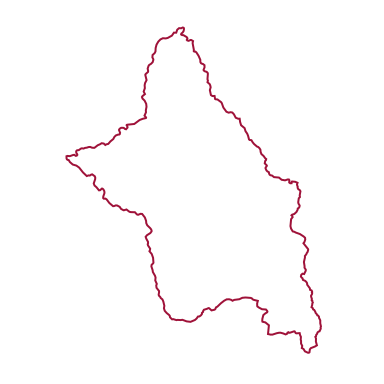 Vilcas Huaman, Ayacucho, Peru (Mercator projection), rotated 178°
{"feature_id": "86281439B2883679079046", "entity_name": "Vilcas Huaman", "entity_type": "district", "adm_level": 2, "iso_a3": "PER", "parent_name": "Peru", "parent_adm1": "Ayacucho", "projection": "mercator", "projection_center": [-73.905, -13.674], "detail": "fine", "context": "isolated", "style": "outline", "palette": "rose", "viewbox_px": 384, "rotation_deg": 178, "n_neighbors": 0, "source": "geoboundaries", "source_scale": "gbopen_adm2", "svg_char_len": 5878}
<svg xmlns="http://www.w3.org/2000/svg" viewBox="0 0 384 384"><g transform="rotate(178 192 192)"><path d="M314.1,228.2L313.0,226.2L310.2,223.6L306.6,222.4L303.9,220.3L300.3,215.4L296.6,211.6L294.9,212.2L293.6,212.0L292.1,212.9L291.1,213.1L288.6,211.1L288.2,209.9L288.3,208.3L289.9,204.0L289.2,201.9L287.3,200.1L284.9,196.9L283.8,197.0L281.9,198.6L281.4,198.5L280.6,197.8L279.8,196.4L279.5,195.0L279.6,193.8L280.8,190.7L281.0,189.1L280.4,188.4L278.7,188.4L277.6,187.6L275.0,183.9L271.4,180.6L270.6,180.6L268.5,181.3L267.2,181.1L264.8,179.7L263.5,177.6L261.5,176.4L260.8,176.1L258.1,176.8L255.2,174.4L253.7,174.0L249.8,173.8L247.8,171.5L246.7,171.1L244.2,172.0L242.6,171.8L240.0,168.2L238.9,164.8L238.8,162.5L237.9,160.3L235.1,157.4L234.1,156.0L233.7,154.6L233.8,154.0L235.1,152.4L238.5,150.4L239.9,148.8L239.3,146.9L237.7,143.7L237.7,142.3L238.1,141.4L237.8,140.1L235.8,136.8L236.0,135.5L236.6,134.3L234.4,131.4L233.2,127.6L233.0,122.7L233.3,122.1L234.9,120.6L235.2,119.1L234.1,115.3L233.9,113.4L231.9,109.6L231.4,107.8L231.8,104.9L230.4,101.4L231.0,99.8L230.8,97.5L228.4,94.2L228.4,93.0L228.9,90.6L228.7,89.6L227.4,88.2L227.0,87.2L225.3,85.7L224.5,83.6L223.6,79.2L224.1,76.8L223.4,74.2L221.5,71.9L219.2,69.9L218.6,69.1L218.3,67.5L216.3,65.4L215.2,65.6L212.0,64.5L210.9,64.7L207.9,64.4L206.0,64.6L201.9,62.9L198.0,62.3L193.5,64.0L191.8,65.4L190.4,67.3L188.9,67.4L187.3,68.5L186.3,69.8L186.3,70.8L185.1,71.8L185.1,72.5L184.2,73.9L181.2,74.7L179.6,75.4L179.0,75.3L176.6,73.0L173.5,73.6L172.7,74.3L172.1,75.8L170.7,76.5L167.0,79.8L163.7,82.2L161.1,83.5L158.6,83.5L156.7,82.9L155.3,81.9L153.6,82.7L148.4,83.2L145.4,84.5L142.2,84.7L137.0,84.1L135.9,83.6L135.1,82.6L133.9,82.0L130.0,80.9L130.8,78.3L130.8,76.0L130.7,75.4L129.2,74.2L126.1,72.4L122.2,72.0L121.0,70.5L120.8,69.7L121.2,69.1L123.0,68.1L125.0,66.5L126.1,62.8L126.3,60.7L126.1,59.9L123.2,59.1L119.8,56.1L121.0,47.4L118.3,46.7L116.5,46.7L112.3,47.9L110.0,48.3L108.5,48.3L105.9,47.5L103.4,46.4L101.8,47.1L101.5,48.1L100.5,48.5L99.9,47.9L98.9,48.0L94.8,49.2L94.3,49.1L93.3,47.4L92.7,47.1L89.3,47.2L89.0,45.3L88.2,43.4L88.5,40.5L88.2,39.5L88.3,36.7L87.2,34.4L87.7,32.2L86.1,31.3L84.7,28.8L81.7,27.3L80.8,27.3L80.2,27.7L79.7,30.6L78.7,31.8L74.5,33.3L72.5,34.4L73.4,38.2L73.2,41.3L73.8,42.9L73.1,43.5L72.8,45.0L71.9,45.9L71.5,47.2L70.4,48.1L69.4,48.3L68.1,50.9L68.2,52.1L67.8,53.2L68.4,56.2L68.3,59.3L69.4,61.7L69.5,63.0L70.3,64.1L71.1,64.4L71.4,65.3L72.7,66.9L73.0,68.1L74.0,69.9L75.0,70.4L75.4,71.8L76.6,72.7L75.8,74.9L75.7,76.2L75.1,77.3L75.6,78.3L75.5,79.0L76.2,79.7L75.9,80.9L76.6,83.2L76.6,84.3L75.7,85.6L75.4,86.8L75.7,87.5L75.4,88.0L75.5,88.6L76.0,89.5L77.4,90.1L77.6,91.7L80.1,95.3L80.2,96.9L80.8,98.0L81.9,99.2L84.2,100.3L84.5,101.8L85.7,103.0L86.1,103.8L85.7,105.4L84.4,106.5L82.8,106.1L81.1,109.3L81.0,110.4L82.2,112.4L82.1,114.0L82.6,118.1L81.4,122.6L81.4,124.1L80.0,125.7L79.4,127.0L78.6,128.0L77.9,130.2L78.0,130.9L82.4,136.9L81.4,138.1L80.5,140.5L80.6,142.3L81.9,143.6L85.6,146.2L90.1,148.0L90.9,148.6L92.7,149.1L94.3,152.0L94.8,154.5L93.9,161.4L92.3,163.4L92.6,164.3L93.4,165.2L92.8,165.8L90.5,166.5L88.3,168.4L87.0,170.7L86.9,171.8L85.7,172.5L85.1,173.5L84.9,174.8L86.0,176.7L86.2,178.1L85.5,182.0L84.3,183.2L84.5,184.8L83.6,189.0L84.4,190.3L85.6,191.0L86.3,192.5L86.2,193.9L86.6,194.6L86.8,195.9L86.2,197.5L88.5,198.6L91.6,199.0L91.9,198.9L92.2,197.3L93.5,197.3L94.5,198.1L94.3,200.3L94.7,201.1L95.9,201.2L98.6,200.4L102.0,201.1L104.6,203.4L109.5,204.0L111.5,205.7L113.0,206.0L113.8,206.6L114.3,207.7L114.5,209.1L116.0,210.0L116.9,211.1L117.7,213.1L117.6,213.8L116.4,215.3L116.3,215.9L118.3,218.1L117.8,220.4L116.9,221.4L116.7,222.4L117.6,223.1L119.2,225.5L121.3,227.5L122.0,229.6L122.2,232.0L123.2,233.6L124.3,234.7L125.4,235.1L128.3,237.8L129.6,239.5L130.8,241.7L132.6,242.0L133.2,242.6L134.0,246.2L134.8,248.4L136.4,250.9L137.2,254.0L140.6,257.0L141.5,260.4L141.8,263.6L143.3,263.6L145.7,264.7L147.4,268.2L148.9,270.0L150.6,270.4L152.6,270.0L154.8,271.0L157.7,275.3L159.1,279.7L159.7,280.7L163.3,283.6L165.0,283.8L165.7,284.2L166.1,287.2L168.3,287.2L169.7,288.2L170.6,293.2L169.7,296.0L170.0,297.7L170.5,299.1L172.7,301.2L172.2,302.7L172.6,304.2L172.0,309.6L172.2,310.5L173.2,311.6L174.8,312.1L176.0,313.0L176.2,313.6L175.1,316.2L175.1,318.3L176.5,319.5L177.9,320.0L178.5,320.4L179.1,321.6L179.1,323.9L180.7,327.9L182.7,331.3L183.7,332.2L184.8,332.2L185.3,332.6L185.2,334.1L186.2,340.8L185.7,342.8L187.4,343.9L188.1,344.0L190.1,343.2L191.4,343.6L191.9,344.2L191.2,345.8L191.9,347.0L195.0,349.0L196.5,349.2L197.2,349.6L197.4,350.0L197.1,350.7L195.8,351.7L194.8,353.1L194.3,355.2L194.4,356.1L194.8,356.5L195.6,356.7L197.1,356.0L199.2,356.2L201.1,354.7L202.2,351.8L204.5,351.9L206.6,349.0L210.9,346.8L212.9,346.4L215.7,346.7L218.2,345.6L220.4,343.5L222.3,340.5L223.3,337.2L223.6,333.7L224.5,332.1L226.6,330.3L226.9,327.9L226.1,326.2L226.0,325.5L226.8,323.1L228.5,321.5L230.3,320.5L231.0,319.6L232.0,316.9L231.6,314.4L231.8,313.5L234.2,311.5L234.6,310.7L233.5,305.4L235.1,302.5L235.6,300.4L235.5,297.4L236.8,294.0L235.6,291.5L238.2,289.5L238.7,288.7L238.2,287.1L236.2,285.0L234.7,281.7L234.5,278.7L235.3,275.2L235.2,273.3L236.8,270.0L235.3,268.1L235.5,267.5L238.6,266.9L241.8,265.8L247.3,262.0L254.4,261.5L254.9,261.3L255.0,260.9L254.3,259.8L254.2,258.6L255.7,257.0L256.7,257.3L257.8,258.3L258.7,258.6L260.6,258.6L261.7,258.0L262.6,257.1L262.8,256.5L261.8,253.7L262.2,252.3L262.6,252.0L264.0,251.9L266.1,251.2L267.7,249.7L268.8,247.7L271.8,245.4L274.0,243.0L276.0,242.6L277.0,242.0L278.5,243.5L280.6,243.9L282.3,242.9L284.6,242.0L287.9,239.6L290.2,239.7L292.2,240.6L293.9,240.5L295.5,240.0L297.4,239.8L298.8,239.2L300.5,239.5L301.4,239.3L303.7,237.8L305.4,237.7L306.1,237.1L306.4,236.2L306.2,235.0L305.5,233.9L305.3,233.1L306.0,232.3L307.0,232.2L308.2,233.2L309.3,233.2L312.8,232.1L315.3,232.4L316.2,232.1L316.2,230.0L315.9,229.1L315.3,228.5L314.1,228.2Z" fill="none" stroke="#9f1239" stroke-width="2"/></g></svg>